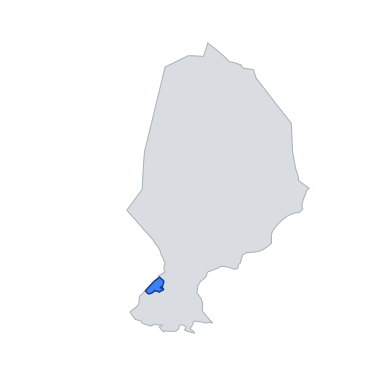 Banibangou, Tillabéri, Niger (highlighted), rotated 319°
{"feature_id": "23599985B31350615327928", "entity_name": "Banibangou", "entity_type": "district", "adm_level": 2, "iso_a3": "NER", "parent_name": "Niger", "parent_adm1": "Tillabéri", "projection": "natural_earth1", "projection_center": [2.571, 15.036], "detail": "fine", "context": "in_parent", "style": "filled", "palette": "blue", "viewbox_px": 384, "rotation_deg": 319, "n_neighbors": 0, "source": "geoboundaries", "source_scale": "gbopen_adm2", "svg_char_len": 3769}
<svg xmlns="http://www.w3.org/2000/svg" viewBox="0 0 384 384"><g transform="rotate(319 192 192)"><path d="M282.8,266.0L279.9,266.1L278.2,266.6L276.1,268.5L273.8,269.2L270.9,270.8L269.1,272.1L267.5,273.1L265.1,275.6L264.4,277.6L262.1,277.9L258.8,277.6L256.7,275.7L251.9,273.7L248.8,272.9L247.3,272.6L240.0,272.3L232.2,273.1L228.2,274.0L227.5,274.2L225.3,275.4L223.4,276.8L218.4,282.9L211.7,282.7L207.7,282.0L204.3,281.1L199.6,278.2L193.7,273.8L191.4,273.2L189.4,272.9L188.7,272.9L181.8,277.3L180.4,277.2L178.8,277.7L177.7,278.8L176.9,279.3L176.1,279.4L175.0,279.2L173.9,278.5L172.8,277.3L169.9,272.4L169.3,271.6L168.1,270.1L166.0,267.9L164.6,266.9L163.8,266.6L162.8,266.8L157.2,264.8L151.6,262.8L150.3,263.1L149.4,263.5L147.5,265.0L145.2,265.3L142.3,265.2L140.8,265.0L138.2,265.5L136.5,266.1L134.3,267.1L131.4,269.8L130.5,270.2L129.8,270.7L128.9,278.3L128.1,280.6L126.6,283.6L123.7,286.5L121.8,288.2L121.7,290.6L121.6,294.4L121.5,297.1L121.7,298.8L121.3,299.6L121.2,300.4L121.3,301.5L121.8,302.0L122.1,302.7L121.9,303.3L120.9,304.0L119.9,302.2L118.6,301.0L117.1,300.5L116.1,299.6L115.6,298.4L113.7,296.0L109.3,291.3L108.9,291.2L108.1,291.0L106.9,291.5L106.1,292.3L105.6,292.6L104.8,292.7L102.7,293.3L101.0,294.0L101.0,294.7L101.8,298.2L101.4,300.2L100.7,299.3L98.2,295.7L96.6,293.0L96.3,292.4L96.0,291.5L96.2,291.1L96.9,290.8L98.4,290.4L98.7,290.2L98.8,289.4L98.5,288.1L97.7,286.2L96.8,285.0L96.3,284.7L95.4,284.7L94.4,284.9L92.5,286.4L91.7,286.6L89.8,286.5L88.1,286.2L87.0,285.4L83.9,282.5L80.5,279.3L79.0,278.9L78.7,278.5L78.5,276.1L78.6,273.2L78.7,272.4L80.2,272.9L81.7,273.1L82.2,272.6L81.0,271.5L79.2,270.5L78.6,268.9L78.1,268.3L77.3,267.8L76.4,267.5L75.5,267.0L74.9,266.6L73.8,266.4L72.8,266.0L71.2,263.4L69.7,260.9L68.8,259.0L68.5,257.8L69.0,255.8L68.5,255.0L66.9,252.9L65.5,251.0L65.8,248.1L66.1,245.6L66.1,244.0L66.3,243.2L66.5,242.2L67.5,241.9L69.8,241.9L74.4,242.3L78.1,241.8L78.3,241.7L80.9,239.1L83.8,236.3L88.2,236.1L92.9,235.8L96.6,235.6L101.9,235.4L106.3,235.2L111.3,235.0L111.4,233.8L111.7,233.4L112.2,233.4L115.9,234.1L119.4,234.7L119.7,232.3L122.7,229.3L124.4,228.7L124.8,228.2L125.4,227.2L125.7,225.6L125.9,224.5L126.5,223.6L127.0,221.9L127.6,218.9L129.3,215.8L130.3,211.5L130.4,207.4L130.6,204.3L131.1,203.7L131.1,198.2L131.1,192.6L131.0,187.9L131.0,182.0L131.0,176.9L130.9,171.3L130.9,166.3L130.9,163.0L134.4,162.2L138.0,161.4L143.3,160.2L149.0,158.9L155.2,157.5L156.7,156.7L161.3,151.9L163.5,149.7L167.6,145.4L170.9,142.1L175.0,137.9L179.3,133.6L182.8,130.2L188.3,126.4L196.5,120.6L204.7,114.8L212.9,109.0L221.0,103.2L229.2,97.4L237.4,91.6L245.5,85.8L253.6,80.0L261.9,82.2L269.8,84.3L277.8,86.4L279.7,87.6L284.0,91.7L289.5,97.0L289.9,97.1L295.0,94.0L301.7,89.9L303.7,100.9L305.2,110.3L305.5,116.3L305.6,117.9L306.1,118.9L307.4,120.0L312.6,128.7L311.6,130.2L312.4,132.9L313.7,134.0L318.0,139.2L318.5,140.2L318.3,141.0L315.5,147.1L315.1,148.6L314.7,156.3L314.4,161.8L313.9,169.3L313.4,178.3L313.0,185.9L312.5,195.9L312.0,205.4L307.9,210.6L300.5,219.8L294.5,227.3L291.5,232.3L285.7,242.1L283.1,248.5L281.1,251.8L280.0,253.2L281.0,257.9L282.8,266.0Z" fill="#d9dde1" stroke="#a8b0b8" stroke-width="1"/><path d="M108.0,243.8L108.2,243.4L109.0,243.1L109.7,242.6L110.7,242.0L111.2,241.8L112.0,240.9L112.3,240.4L112.3,239.4L111.9,238.0L111.8,236.8L111.8,235.9L111.6,234.9L106.0,234.6L104.7,234.6L102.8,234.8L100.7,235.0L96.6,235.4L92.0,236.0L92.0,239.5L92.8,240.7L94.0,241.4L95.7,241.8L96.7,242.2L97.2,242.2L98.4,241.8L99.0,241.7L99.0,242.2L99.4,242.7L100.0,243.3L100.9,244.3L100.9,244.7L101.8,246.2L103.8,246.3L105.2,246.9L106.4,247.0L106.8,246.6L106.8,245.1L106.6,245.1L106.3,245.3L106.0,245.2L105.6,244.0L105.6,243.4L105.9,243.0L106.2,243.1L106.3,243.8L106.9,244.3L107.4,244.2L108.0,243.8Z" fill="#3b82f6" stroke="#1e3a8a" stroke-width="1.5"/></g></svg>